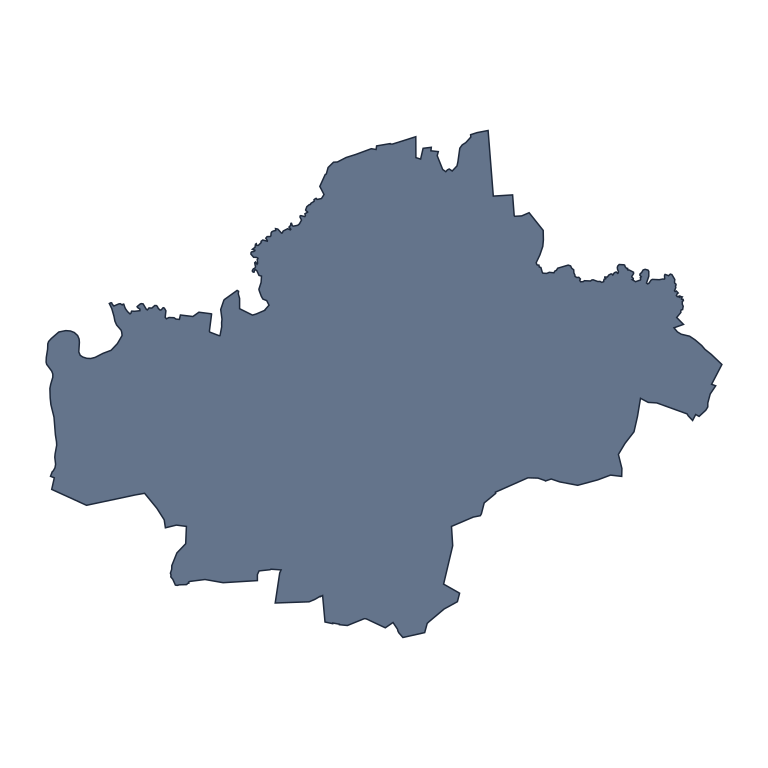 Vārmes pag., Kuldigas, Latvia (orthographic projection)
{"feature_id": "27541924B31224104965388", "entity_name": "Vārmes pag.", "entity_type": "district", "adm_level": 2, "iso_a3": "LVA", "parent_name": "Latvia", "parent_adm1": "Kuldigas", "projection": "orthographic", "projection_center": [22.227, 56.858], "detail": "fine", "context": "isolated", "style": "filled", "palette": "slate", "viewbox_px": 768, "rotation_deg": 0, "n_neighbors": 0, "source": "geoboundaries", "source_scale": "gbopen_adm2", "svg_char_len": 6091}
<svg xmlns="http://www.w3.org/2000/svg" viewBox="0 0 768 768"><path d="M529.1,212.7L521.7,215.9L514.7,216.3L514.2,215.7L512.6,194.9L493.3,196.1L488.1,130.5L477.1,132.6L470.6,134.7L470.8,137.1L465.8,142.6L462.2,144.9L459.8,148.2L457.9,161.8L457.0,165.9L452.2,171.0L449.2,169.0L447.4,169.9L445.8,171.7L442.7,169.5L437.2,155.7L438.3,151.6L430.9,150.8L431.3,147.3L423.1,148.3L420.6,159.1L415.9,157.6L415.8,136.7L392.4,144.1L390.2,144.0L390.1,143.6L376.6,145.9L376.1,149.5L371.3,148.7L355.6,154.5L346.1,157.5L337.4,162.0L333.5,162.2L328.1,167.5L326.3,174.0L325.2,174.5L319.8,186.4L324.0,194.5L321.5,198.5L317.5,199.4L317.0,199.4L316.3,198.4L315.6,198.5L314.0,199.7L314.2,201.1L313.8,201.5L310.9,203.3L310.4,204.5L309.3,204.6L306.8,206.7L305.6,210.0L306.2,210.9L307.5,211.7L307.6,212.2L304.9,213.8L305.4,215.6L304.8,216.6L300.8,215.6L300.1,216.0L300.0,217.1L301.5,220.1L299.4,223.9L297.7,225.3L293.2,226.2L292.3,225.6L291.5,223.3L290.9,223.4L290.6,225.4L289.0,227.1L290.6,228.8L290.8,229.4L290.3,229.9L287.7,228.7L283.2,231.0L282.3,232.9L281.5,233.1L277.8,229.1L275.5,228.6L275.7,230.5L273.3,231.0L271.7,231.9L271.1,233.0L270.9,235.8L270.3,236.5L267.1,236.6L265.8,238.2L267.4,240.6L267.3,241.2L262.8,240.0L261.1,241.3L261.1,242.6L258.3,245.4L256.7,245.4L256.3,243.7L255.5,244.2L255.0,247.3L252.4,249.3L254.9,250.2L254.9,250.7L253.7,251.5L251.8,251.8L251.1,252.4L250.9,254.1L253.6,257.3L256.4,257.4L257.8,258.0L258.0,258.7L257.2,259.4L257.6,263.4L257.0,264.3L255.5,262.0L254.7,262.8L255.5,266.9L255.0,268.0L253.3,268.9L252.4,270.4L252.3,271.1L253.1,272.1L254.0,272.2L254.7,270.1L255.3,269.7L256.0,270.1L256.9,270.8L259.0,275.4L261.5,276.1L261.1,282.4L258.9,289.2L259.2,290.6L261.3,296.3L262.9,299.1L266.7,300.6L269.0,305.2L264.7,310.1L264.8,310.3L256.2,314.0L252.5,315.1L239.6,308.7L239.6,298.4L238.3,293.9L238.6,291.3L237.1,290.4L224.3,299.6L223.8,300.4L220.7,309.5L222.0,319.3L221.6,322.6L221.7,326.8L220.0,335.6L219.2,335.7L209.8,332.1L209.4,331.2L211.6,314.0L211.3,313.8L198.9,312.2L192.9,316.5L180.4,315.0L179.4,319.4L176.0,319.1L174.0,317.7L169.0,317.5L166.4,318.8L165.2,317.3L165.9,310.8L164.4,308.2L163.6,307.7L163.0,307.8L161.4,309.7L160.1,310.1L158.3,308.4L157.3,306.4L156.5,305.6L154.8,305.5L151.8,308.1L149.0,307.9L147.4,309.9L146.4,309.4L143.1,303.9L141.3,303.6L140.2,304.0L137.1,306.6L137.5,307.5L139.9,309.1L139.9,310.7L134.5,311.3L131.7,311.1L131.4,311.5L131.1,312.9L130.0,313.9L127.6,311.7L125.7,309.1L124.8,307.3L123.8,304.2L123.2,304.1L122.2,304.9L120.3,303.7L118.8,303.9L113.9,306.0L112.3,304.3L111.7,302.9L111.0,302.7L109.3,303.5L111.8,308.7L114.0,316.4L114.9,321.1L116.6,325.0L121.1,330.2L121.7,332.1L122.1,335.5L117.4,343.6L111.1,350.3L103.1,353.3L95.1,357.4L90.8,358.5L86.7,358.3L82.7,357.0L80.2,355.3L78.8,351.9L79.4,342.3L79.1,339.0L77.6,335.5L74.3,332.5L70.5,331.0L65.8,330.6L58.8,332.0L51.3,338.5L48.6,341.5L47.8,343.8L47.6,349.2L46.3,357.3L46.1,362.1L46.7,364.4L51.7,371.1L52.8,374.0L52.8,377.2L50.7,384.3L49.9,388.5L50.2,398.0L50.9,404.6L54.0,417.2L55.4,434.8L56.5,441.8L56.7,445.2L55.1,453.9L54.8,457.3L55.6,464.3L55.0,467.7L53.3,470.8L52.2,471.8L50.5,476.3L54.3,477.8L51.7,489.4L86.5,505.3L134.9,495.0L144.6,493.3L156.8,508.2L164.2,519.8L165.4,527.8L176.4,525.1L186.4,526.4L185.7,543.7L176.9,552.9L171.8,565.6L171.7,569.3L170.4,573.2L171.0,574.9L170.8,576.9L172.8,579.3L175.4,585.1L177.3,585.4L179.4,584.8L186.6,584.6L187.8,583.3L188.8,583.2L188.7,582.0L190.0,581.4L205.0,579.5L223.1,582.7L257.4,580.6L257.4,574.6L259.1,570.9L270.2,569.7L270.9,569.2L281.1,569.9L279.7,573.0L275.2,603.0L309.2,601.8L315.2,599.2L320.1,596.3L320.3,596.7L322.6,595.5L325.0,622.0L332.7,623.7L332.8,623.0L339.4,624.2L339.4,624.7L347.4,625.5L364.2,618.7L366.1,618.8L385.3,627.8L393.0,622.5L397.5,629.2L397.9,631.0L398.8,632.8L402.9,637.5L424.7,632.6L427.2,623.4L428.9,621.8L444.1,609.0L457.4,601.7L459.6,593.2L443.6,584.1L452.7,545.7L451.5,526.4L473.2,517.1L480.3,515.7L481.4,513.8L484.2,502.9L495.7,493.4L495.4,492.2L527.9,477.8L538.0,478.1L544.9,480.5L545.4,481.0L551.2,479.0L559.7,481.9L577.7,485.3L597.7,479.9L610.5,475.1L621.7,476.4L621.9,468.5L618.4,454.4L625.0,443.4L634.0,431.8L637.5,416.4L640.5,398.3L648.2,402.4L656.7,402.9L687.1,413.9L688.2,415.8L692.6,420.5L695.7,414.5L699.1,416.4L705.9,410.1L707.8,406.9L707.8,403.0L710.2,394.0L715.7,385.8L711.6,384.3L721.9,364.5L711.3,354.4L704.9,349.3L701.7,345.5L695.0,339.8L689.6,336.2L681.2,334.2L677.4,331.9L674.0,327.8L683.5,324.4L676.7,317.5L680.9,312.4L680.7,311.2L681.3,309.8L682.6,309.6L683.2,306.2L682.3,304.3L682.3,301.4L683.4,300.7L683.1,299.4L681.7,299.2L681.9,298.8L681.4,298.1L682.3,296.9L680.7,296.5L679.4,297.4L678.8,296.9L679.2,296.1L677.3,296.7L676.4,295.6L677.2,293.7L678.2,293.0L676.4,291.0L675.2,291.6L674.5,290.8L675.8,287.6L675.5,286.1L676.0,285.1L676.0,284.2L674.7,283.1L674.5,282.0L674.8,279.5L671.9,274.6L670.3,274.1L668.6,275.7L665.1,274.4L664.6,275.1L664.5,275.8L664.7,278.8L664.1,279.2L662.9,279.0L659.3,279.7L652.3,279.4L651.0,280.2L648.8,283.4L647.6,283.9L646.5,283.0L648.8,276.2L648.8,271.4L648.0,270.1L645.1,269.3L643.1,270.0L641.7,272.4L640.0,274.0L639.9,275.2L641.3,276.8L640.3,277.5L640.7,279.1L640.4,280.0L635.5,281.7L632.3,279.7L633.2,279.4L633.3,278.5L631.8,276.9L631.8,276.4L633.6,273.6L633.5,272.2L629.2,270.0L628.0,270.1L627.5,269.5L627.8,269.1L627.6,268.4L626.5,268.3L625.1,266.7L624.7,265.2L624.0,264.8L619.2,264.5L617.7,266.1L617.3,267.5L617.5,269.2L618.5,271.8L618.1,273.1L617.7,273.4L616.2,272.0L615.5,272.2L614.3,272.8L612.8,275.0L611.8,274.0L611.0,273.9L608.8,275.0L607.4,277.0L604.8,277.0L604.8,277.6L605.8,278.4L605.7,278.8L604.2,279.2L603.8,280.2L603.7,281.6L601.8,282.4L600.0,281.4L597.8,281.5L593.1,279.8L591.8,280.0L590.5,281.0L584.4,280.7L583.3,281.6L580.6,281.8L579.7,280.3L580.4,279.0L578.8,277.3L576.8,277.5L575.0,276.4L574.9,275.0L573.9,272.9L573.7,269.8L571.7,268.2L570.6,265.9L568.2,265.1L557.7,268.2L556.4,270.3L554.8,271.1L553.9,272.8L549.3,272.3L546.8,273.4L542.9,273.2L542.2,272.1L540.9,267.5L539.3,267.0L538.9,265.1L537.3,265.0L536.8,264.5L536.2,262.7L539.9,254.9L542.8,246.4L543.4,239.9L543.2,230.4L529.1,212.7Z" fill="#64748b" stroke="#1e293b" stroke-width="1.5"/></svg>